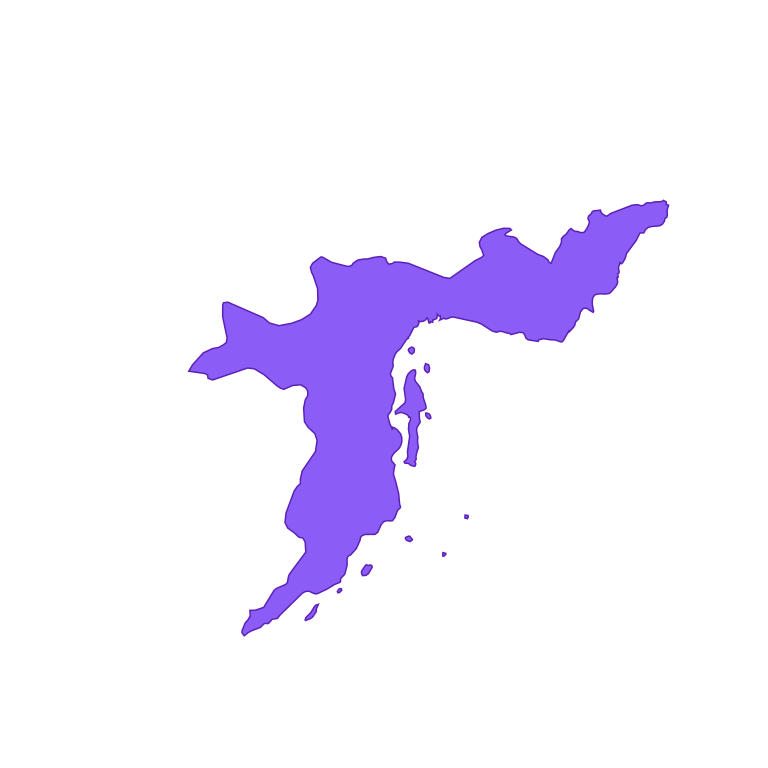 map outline of Hormozgan (Robinson projection), rotated 296°
{"feature_id": "IRN-3228", "entity_name": "Hormozgan", "entity_type": "Province", "adm_level": 1, "iso_a3": "IRN", "parent_name": "Iran", "parent_adm1": "", "projection": "robinson", "projection_center": [56.023, 27.172], "detail": "fine", "context": "isolated", "style": "filled", "palette": "violet", "viewbox_px": 768, "rotation_deg": 296, "n_neighbors": 0, "source": "natural_earth", "source_scale": "10m", "svg_char_len": 6179}
<svg xmlns="http://www.w3.org/2000/svg" viewBox="0 0 768 768"><g transform="rotate(296 384 384)"><path d="M669.5,561.4L664.6,562.2L659.7,564.7L657.8,565.1L655.8,563.9L653.4,564.7L649.7,564.2L647.1,562.5L643.0,555.7L640.8,553.0L637.4,551.3L634.3,551.4L633.5,551.0L632.2,548.2L631.2,547.8L623.7,547.8L607.8,544.8L602.4,545.7L597.7,545.4L596.0,544.5L596.6,542.9L591.3,543.7L588.1,546.1L586.8,546.5L585.4,545.8L582.8,547.6L582.1,547.5L581.7,546.8L578.2,549.3L575.0,549.8L572.1,549.3L566.4,547.8L564.1,546.7L562.1,543.9L559.5,538.1L556.8,534.6L553.5,533.8L549.9,534.8L546.3,536.7L541.4,540.5L540.1,540.5L540.4,536.0L541.0,534.0L540.0,530.9L538.6,529.6L534.6,529.0L527.8,530.4L523.9,529.0L520.3,529.7L518.1,529.5L512.1,527.6L512.8,526.9L501.1,526.1L499.8,525.4L499.2,523.8L498.7,518.8L496.5,513.6L494.7,507.6L491.7,503.9L489.9,503.9L487.1,495.0L486.9,493.7L487.4,491.6L490.1,488.5L491.1,486.5L489.9,483.2L484.1,476.5L484.6,473.8L483.9,473.2L482.8,466.3L481.8,464.5L480.1,462.8L479.5,461.1L479.1,457.8L480.6,445.1L480.3,440.4L474.5,416.7L473.3,414.9L470.4,412.2L469.3,410.6L469.4,409.0L465.9,406.1L467.1,406.2L470.0,404.7L469.3,404.0L469.2,403.1L470.0,401.3L466.4,402.7L465.6,402.4L462.8,399.8L461.1,400.7L460.6,400.4L460.4,398.5L459.3,398.7L458.7,398.2L458.7,397.5L462.3,394.4L462.3,393.6L459.7,393.2L457.6,391.8L456.2,389.6L455.7,387.4L454.6,388.4L453.5,388.8L451.2,388.8L449.9,388.4L448.4,386.4L447.6,386.0L438.5,385.9L436.6,385.2L436.0,386.0L433.9,384.7L423.2,383.3L418.7,381.5L416.0,381.0L410.6,381.4L407.9,382.1L404.0,384.5L396.0,385.2L393.9,387.2L393.4,388.8L384.2,394.8L380.0,398.8L371.5,400.6L367.7,400.6L364.7,402.0L361.4,402.0L357.8,401.3L356.2,402.0L351.2,406.3L346.5,411.8L348.9,410.4L349.2,412.9L348.7,415.9L346.4,420.9L343.6,423.5L340.3,425.2L336.7,426.0L332.8,425.8L325.7,423.2L321.7,422.7L318.4,424.3L316.1,429.4L312.3,430.2L307.1,432.0L301.4,437.3L292.1,445.1L282.6,450.9L280.8,452.7L279.9,452.9L276.3,451.6L268.8,452.3L264.9,451.6L263.5,449.3L262.4,446.4L259.9,443.9L256.0,443.1L248.0,443.4L244.9,441.8L240.4,432.8L237.8,430.6L236.0,430.2L232.6,431.0L224.1,431.3L215.7,428.9L214.0,427.5L212.4,427.1L210.6,427.5L204.8,430.3L197.3,431.9L195.4,432.0L191.5,430.7L189.4,430.5L187.3,431.6L186.3,431.2L181.7,427.1L175.2,423.1L166.8,416.4L165.5,414.8L165.0,412.8L164.9,408.0L164.2,405.9L162.7,404.0L159.9,402.2L130.4,391.7L126.6,391.0L123.5,386.6L118.3,385.2L117.5,384.2L116.8,382.0L115.0,380.9L111.0,379.6L104.1,373.1L101.0,370.9L96.4,368.7L98.3,365.3L100.5,364.5L108.5,364.0L112.8,365.2L116.9,365.4L121.8,362.7L124.2,367.4L130.5,373.8L149.9,375.6L153.1,376.9L160.4,383.2L161.9,383.9L163.4,384.1L169.7,382.4L172.0,382.4L198.6,387.4L207.6,382.3L210.0,378.4L209.1,375.4L209.1,374.3L210.9,368.7L212.3,360.6L216.1,355.7L225.1,352.5L248.3,350.2L253.6,350.9L257.7,352.5L262.0,350.5L270.0,348.6L293.2,352.0L304.0,348.6L309.1,343.6L311.9,334.6L315.3,329.0L327.2,322.3L335.2,320.2L340.2,320.5L342.8,319.3L344.8,317.8L346.3,315.3L346.8,309.6L342.7,302.6L335.3,296.3L334.9,293.0L335.4,288.8L339.8,272.2L340.8,260.7L338.5,254.3L312.5,228.2L312.0,223.4L314.9,221.3L314.9,218.4L309.9,202.9L317.3,203.5L332.9,208.0L340.6,214.3L344.4,219.4L348.2,222.1L352.1,224.1L356.5,222.9L373.9,209.4L384.1,204.5L386.6,204.1L389.1,207.8L390.7,246.6L388.6,254.2L390.4,264.1L398.2,274.5L405.6,281.6L414.5,287.2L424.9,288.8L430.4,287.8L440.6,282.5L450.0,273.3L452.7,269.9L456.6,266.7L461.3,266.9L470.4,271.5L471.1,273.1L470.4,283.5L473.6,299.3L474.8,301.5L476.5,303.0L479.2,303.4L483.7,305.9L487.2,310.6L489.3,314.6L493.2,319.1L497.2,325.3L497.8,330.4L495.4,332.5L493.8,335.7L495.8,338.6L498.2,339.9L500.5,344.9L503.2,352.9L506.0,391.0L507.8,396.9L534.8,411.8L540.7,416.3L543.3,417.2L547.4,413.1L549.5,410.1L553.1,407.6L558.8,407.7L564.8,411.5L571.4,417.2L576.5,423.4L579.0,429.0L578.3,431.0L572.8,427.5L570.9,427.4L570.8,429.4L573.0,436.0L573.1,438.5L572.6,440.2L571.1,442.3L569.9,445.4L567.9,465.3L568.5,471.2L567.5,476.9L565.7,479.2L565.8,481.3L577.4,480.4L584.6,481.7L589.3,481.3L592.3,479.8L595.4,480.5L598.7,482.1L604.2,483.0L605.8,484.1L604.9,487.1L605.1,489.0L606.0,491.3L606.3,494.5L607.8,497.2L611.4,498.1L615.7,498.2L619.4,497.8L622.0,494.9L624.5,494.2L627.9,495.6L630.3,495.6L631.6,496.7L635.2,502.4L634.1,503.0L632.6,505.5L632.2,508.7L632.5,510.6L636.9,513.2L653.5,528.6L656.4,533.4L656.9,537.1L658.8,539.2L661.4,540.2L662.9,542.1L663.5,544.2L666.2,547.3L669.3,552.9L670.0,553.9L671.6,554.7L671.4,557.9L669.1,559.0L669.5,561.4ZM403.8,401.3L407.7,402.7L409.6,404.2L410.3,406.1L407.5,407.8L402.1,409.2L400.2,411.1L397.2,417.4L393.6,421.2L392.3,423.4L389.0,425.2L383.2,430.9L380.6,432.5L378.6,431.6L374.5,427.7L368.7,430.9L365.5,433.3L359.6,432.7L357.9,433.1L356.0,434.0L351.3,437.5L346.4,439.7L341.9,442.8L336.6,443.5L332.7,444.6L330.3,446.0L327.7,445.5L326.9,447.0L326.0,447.6L324.1,448.0L323.4,447.5L322.6,443.9L323.3,440.9L322.0,437.2L322.9,436.2L327.0,437.7L328.0,437.2L328.8,437.5L333.4,434.8L348.2,430.0L353.9,425.9L359.6,423.6L363.2,423.6L365.6,422.2L364.9,420.9L366.3,419.3L366.6,417.4L366.2,412.8L365.5,411.1L362.0,407.6L364.2,406.2L376.4,411.1L379.6,410.2L388.8,404.0L400.3,401.3L403.8,401.3ZM214.1,453.7L207.0,453.2L204.2,451.8L202.4,448.8L203.3,447.4L204.6,446.4L206.2,445.9L212.6,446.8L213.8,447.3L214.1,449.8L215.3,450.7L215.5,451.9L215.1,453.1L214.1,453.7ZM151.6,421.9L150.0,422.9L143.3,422.0L140.5,420.4L137.0,417.1L137.3,416.6L139.5,416.1L146.8,418.5L153.3,419.0L155.4,419.8L157.2,421.6L151.6,421.9ZM413.3,418.4L413.7,415.7L415.0,413.9L417.2,412.8L420.5,412.5L420.9,415.6L418.3,418.0L415.0,419.1L413.3,418.4ZM426.4,390.8L429.2,392.5L429.5,394.0L429.2,395.3L428.4,396.2L425.8,397.1L423.1,396.0L423.3,393.4L424.9,391.1L426.4,390.8ZM255.9,470.9L257.8,472.6L258.5,473.8L256.7,477.7L256.2,477.8L253.7,476.4L253.4,473.1L254.3,471.1L255.0,470.7L255.9,470.9ZM376.0,434.2L376.7,435.3L376.9,437.7L375.6,439.9L373.9,441.0L372.5,440.2L372.7,437.8L373.8,435.5L376.0,434.2ZM179.6,433.3L180.6,433.8L181.3,435.3L180.1,436.5L177.1,435.4L176.2,434.2L176.9,433.1L179.6,433.3ZM301.7,514.3L302.7,517.2L300.8,518.2L299.9,517.4L299.5,517.7L299.0,515.5L301.7,514.3ZM258.3,510.9L258.9,513.6L258.0,514.3L255.5,513.3L255.1,512.2L258.3,510.9Z" fill="#8b5cf6" stroke="#5b21b6" stroke-width="1.5"/></g></svg>